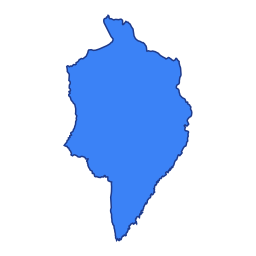 Emni Haili, Debub, Eritrea (Equal Earth projection)
{"feature_id": "51966322B75745826178298", "entity_name": "Emni Haili", "entity_type": "district", "adm_level": 2, "iso_a3": "ERI", "parent_name": "Eritrea", "parent_adm1": "Debub", "projection": "equal_earth", "projection_center": [38.709, 14.717], "detail": "fine", "context": "isolated", "style": "filled", "palette": "blue", "viewbox_px": 256, "rotation_deg": 0, "n_neighbors": 0, "source": "geoboundaries", "source_scale": "gbopen_adm2", "svg_char_len": 5831}
<svg xmlns="http://www.w3.org/2000/svg" viewBox="0 0 256 256"><path d="M188.7,124.1L187.4,121.3L187.2,120.7L187.3,120.1L188.0,118.8L189.3,117.3L190.8,116.5L191.5,115.2L191.8,112.7L191.5,110.9L190.6,109.3L190.5,108.8L190.8,107.6L190.7,106.6L190.0,106.0L189.5,104.9L187.8,103.9L187.7,103.4L187.7,102.3L187.2,102.0L186.4,102.3L186.0,102.1L185.2,99.7L184.7,98.9L182.3,97.7L180.1,95.4L179.1,91.9L179.0,90.6L178.5,89.4L177.6,88.7L176.5,88.2L176.3,87.1L176.5,86.0L177.0,85.0L178.8,83.9L179.3,82.9L179.4,81.7L179.3,81.1L179.9,77.1L180.3,76.8L180.9,75.4L181.0,74.4L180.6,68.6L180.4,67.3L179.8,66.0L179.1,63.0L179.1,61.5L177.8,60.3L176.5,58.4L175.9,58.4L175.0,60.0L173.5,60.7L171.8,59.8L171.2,59.1L170.0,58.4L169.4,57.8L168.4,57.5L166.7,58.7L165.7,58.8L165.1,58.1L162.9,57.0L160.3,55.4L158.2,53.2L154.8,51.5L154.1,51.5L152.8,51.0L150.8,51.4L148.3,50.8L147.4,51.1L146.8,51.0L146.4,47.3L145.9,45.8L145.3,45.2L144.5,43.8L143.1,42.6L142.5,42.7L139.8,41.3L138.3,40.9L137.1,40.1L135.4,38.6L134.0,35.8L133.0,29.0L131.5,26.9L130.1,24.1L129.1,23.4L127.9,22.1L127.0,22.2L125.9,21.4L124.4,23.4L123.4,24.5L122.8,24.6L122.6,24.4L122.5,23.5L122.7,23.1L122.5,20.3L121.2,19.2L120.3,19.2L118.8,19.7L115.9,19.4L115.0,19.5L114.0,19.9L113.4,19.8L111.2,18.7L109.8,18.7L109.6,18.6L109.1,17.6L109.0,16.4L108.7,15.8L108.4,15.4L107.9,15.4L108.0,16.3L107.7,16.9L106.6,17.0L106.1,18.2L104.6,18.6L104.1,19.1L103.8,19.9L103.8,21.4L104.1,22.8L111.1,36.6L113.0,38.8L113.0,40.1L112.3,41.8L111.1,42.6L109.7,44.0L106.8,45.7L99.3,49.0L95.7,50.2L94.3,50.3L93.4,50.4L91.2,49.7L88.7,50.0L88.2,50.9L87.8,52.7L86.2,56.2L82.9,58.8L81.2,58.5L80.2,59.3L79.3,59.5L78.7,60.7L77.8,61.8L76.1,62.7L76.0,64.4L75.5,64.7L73.5,64.6L71.8,66.4L71.1,66.0L70.3,66.1L69.7,66.7L69.4,66.8L68.1,65.9L67.4,65.9L66.7,66.6L67.0,67.8L67.3,70.0L67.3,71.6L68.9,73.6L69.3,74.8L68.9,80.5L69.8,81.2L70.1,81.9L70.3,83.1L69.9,84.3L69.4,84.9L69.2,87.4L69.3,88.2L70.3,89.1L70.5,90.4L70.0,91.4L69.6,91.2L69.1,91.4L68.9,91.8L69.3,92.3L69.6,92.4L70.0,93.3L68.8,94.4L68.8,95.5L69.0,96.0L70.3,97.2L70.8,99.1L71.2,100.2L73.1,102.4L73.3,103.1L74.6,104.2L74.9,104.9L75.7,108.6L75.7,112.1L75.5,113.8L76.0,114.8L76.7,115.6L76.8,115.9L76.3,117.9L76.2,118.6L76.5,119.4L76.4,120.0L75.7,121.6L75.5,124.5L74.8,126.3L74.4,128.0L74.2,128.6L73.5,129.3L73.2,130.7L72.7,131.6L71.0,132.6L70.7,133.3L70.8,133.8L71.3,134.4L71.5,135.1L69.8,135.7L69.7,136.3L70.0,137.1L69.9,137.5L68.4,137.9L68.4,138.3L68.7,139.0L68.6,139.5L67.2,140.4L66.8,142.2L65.3,143.9L64.2,145.4L65.5,146.1L67.1,146.4L67.6,147.6L68.6,147.9L69.4,149.8L70.5,151.1L71.3,153.0L71.4,153.9L71.0,154.8L71.4,155.2L72.6,155.8L73.6,155.0L74.5,154.8L76.1,155.4L77.1,156.0L77.6,156.6L78.7,157.0L80.1,157.1L81.1,156.4L82.7,156.5L84.8,157.3L85.2,157.8L85.5,158.7L86.0,159.0L88.0,158.9L87.8,159.9L86.7,160.8L86.7,161.3L87.5,162.1L87.5,163.5L88.0,164.4L87.9,165.3L88.8,167.6L89.5,168.5L90.2,170.1L91.9,171.0L92.2,171.3L92.3,173.0L92.4,173.4L92.8,173.5L93.3,173.3L94.2,174.2L94.6,176.1L94.8,176.4L95.9,176.8L96.8,176.5L97.5,177.0L98.0,177.0L98.8,177.4L100.7,177.5L101.3,176.9L101.7,176.8L103.4,177.0L103.8,176.7L104.1,175.8L104.6,175.5L105.1,175.6L105.3,176.7L105.9,177.1L107.0,176.8L107.8,177.0L107.9,180.1L108.4,180.9L109.6,181.2L110.2,181.7L111.6,182.0L111.4,183.8L111.6,186.6L111.5,191.4L111.3,193.5L110.7,197.3L111.3,207.7L110.7,209.6L110.6,210.9L110.8,212.2L111.5,214.1L111.6,217.6L111.9,219.3L112.0,222.0L112.7,223.4L112.9,224.5L113.9,225.7L114.2,228.4L114.5,229.1L115.0,232.3L115.3,233.3L115.4,235.8L115.7,236.4L115.6,237.9L116.5,239.4L116.6,240.2L117.6,238.9L118.2,240.0L119.1,240.6L119.4,240.4L119.2,239.1L119.6,238.8L120.1,239.1L120.5,239.7L121.1,239.5L121.7,237.7L122.3,236.6L123.0,236.0L123.5,236.1L123.8,235.8L124.1,235.1L124.4,235.0L125.6,235.7L126.1,235.4L126.1,233.4L126.5,232.8L127.1,232.5L127.2,231.7L127.8,231.0L128.0,229.9L128.3,229.5L128.2,228.6L128.6,228.3L128.9,228.3L129.3,228.9L129.6,228.6L129.5,227.0L129.0,226.3L129.1,225.9L130.2,225.2L130.9,224.1L132.6,223.2L133.1,223.3L133.4,224.1L133.7,224.1L135.4,222.6L135.7,222.7L136.6,223.8L136.7,223.3L136.4,222.6L136.4,222.1L136.3,221.6L135.8,221.2L135.5,220.2L135.6,219.5L135.9,219.3L136.0,218.9L135.8,218.5L136.4,218.1L136.6,217.8L136.6,217.3L137.4,216.6L138.8,216.5L139.0,216.6L139.1,217.4L139.4,217.6L139.8,214.1L140.1,214.0L140.8,214.4L142.2,212.7L140.9,212.7L140.9,212.2L141.5,210.5L141.9,210.5L142.4,210.9L142.8,210.6L143.1,209.1L143.6,208.1L143.7,206.6L144.3,206.0L144.7,204.8L145.4,203.8L145.6,203.1L145.9,203.2L146.1,203.9L146.5,203.8L147.2,202.4L147.3,200.8L147.6,200.1L149.1,198.2L150.1,197.8L150.7,196.8L150.7,196.2L150.4,195.6L151.0,194.4L151.4,194.1L151.6,194.8L151.9,194.9L152.8,194.5L153.4,193.8L153.9,192.4L154.6,192.2L154.6,191.8L154.1,191.5L154.0,191.1L154.5,189.8L154.4,189.3L153.9,189.0L153.8,188.6L154.5,188.0L154.6,186.4L155.1,185.3L155.4,184.8L155.9,185.1L156.8,183.6L156.5,182.3L156.6,182.0L157.0,181.8L157.9,182.3L158.2,182.1L158.1,180.6L159.1,180.6L159.3,180.3L159.3,179.4L159.5,179.0L160.1,178.5L160.8,178.3L161.0,178.5L161.6,177.8L161.8,176.9L162.5,176.2L163.4,176.6L166.2,174.6L166.1,173.9L165.7,173.2L165.7,172.7L166.5,171.9L167.1,171.9L168.0,172.6L168.3,172.1L168.5,170.8L168.8,170.3L169.4,170.2L169.7,170.5L170.1,170.2L169.6,169.5L170.1,168.6L170.9,169.0L171.6,167.1L172.0,167.2L172.2,167.6L172.9,167.1L172.9,166.3L173.8,165.0L174.6,162.0L175.6,160.2L176.4,159.9L176.8,159.3L178.1,155.2L178.5,154.9L179.7,155.6L180.0,155.5L180.2,154.8L181.1,154.3L181.3,153.6L182.1,152.9L181.4,151.8L183.1,148.4L184.1,146.9L185.1,146.1L185.7,146.1L186.2,145.1L186.7,142.2L187.6,141.3L187.7,140.9L187.5,138.5L187.7,137.3L188.2,136.3L188.0,133.8L188.5,132.3L188.4,131.7L187.8,131.2L185.6,130.7L185.0,130.1L184.8,129.5L184.9,128.7L185.4,127.3L184.6,126.4L184.3,125.9L184.3,125.5L184.9,125.0L185.4,125.0L186.5,125.9L187.2,125.9L188.7,124.1Z" fill="#3b82f6" stroke="#1e3a8a" stroke-width="1.5"/></svg>